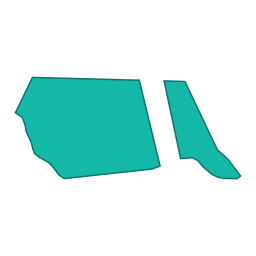 the border of Palauli
{"feature_id": "WSM-4994", "entity_name": "Palauli", "entity_type": "state/province", "adm_level": 1, "iso_a3": "WSM", "parent_name": "Samoa", "parent_adm1": "", "projection": "mercator", "projection_center": [-172.407, -13.719], "detail": "fine", "context": "isolated", "style": "filled", "palette": "teal", "viewbox_px": 256, "rotation_deg": 0, "n_neighbors": 0, "source": "natural_earth", "source_scale": "10m", "svg_char_len": 499}
<svg xmlns="http://www.w3.org/2000/svg" viewBox="0 0 256 256"><path d="M160.1,166.1L152.1,169.0L64.2,178.6L58.6,174.6L52.8,166.8L48.3,162.3L39.0,157.2L34.6,153.6L32.7,148.5L31.5,143.1L26.2,131.4L24.9,124.3L22.1,117.2L15.4,112.8L32.5,77.4L126.2,79.9L139.3,80.2L160.1,166.1ZM240.6,176.0L237.2,178.6L223.7,178.4L217.7,177.1L211.7,174.3L202.8,166.6L198.1,160.8L192.5,157.7L180.6,158.6L164.1,80.9L184.9,81.5L217.4,149.8L227.9,159.2L240.6,176.0Z" fill="#14b8a6" stroke="#0f766e" stroke-width="1.5"/></svg>